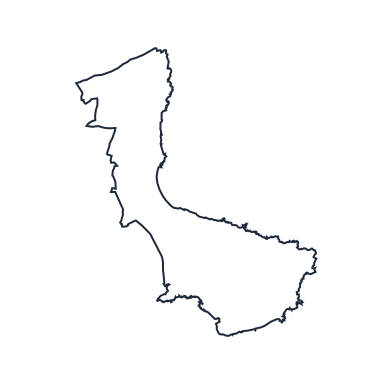 outline of North Mahe, English River, Seychelles, rotated 105°
{"feature_id": "34574756B41664711494427", "entity_name": "North Mahe", "entity_type": "district", "adm_level": 2, "iso_a3": "SYC", "parent_name": "Seychelles", "parent_adm1": "English River", "projection": "orthographic", "projection_center": [55.433, -4.604], "detail": "fine", "context": "isolated", "style": "outline", "palette": "slate", "viewbox_px": 384, "rotation_deg": 105, "n_neighbors": 0, "source": "geoboundaries", "source_scale": "gbopen_adm2", "svg_char_len": 5983}
<svg xmlns="http://www.w3.org/2000/svg" viewBox="0 0 384 384"><g transform="rotate(105 192 192)"><path d="M303.9,197.2L304.2,196.8L305.8,197.6L306.1,197.1L304.4,195.1L305.8,191.7L305.3,191.6L305.4,190.3L303.7,188.6L303.3,187.4L303.9,187.2L303.7,186.7L302.2,184.5L303.9,183.8L303.7,183.3L302.2,183.9L301.2,181.6L300.8,181.9L300.0,181.0L297.7,180.7L298.1,180.3L296.5,177.3L295.4,177.5L296.4,175.7L295.8,175.2L296.4,174.6L295.2,173.3L295.2,172.6L294.3,172.6L294.4,170.9L295.5,170.5L295.5,169.6L296.1,169.1L295.7,168.4L295.0,168.4L294.9,167.3L293.9,166.9L294.7,166.3L294.4,165.7L293.5,166.1L292.8,165.7L293.3,165.3L293.2,163.9L292.8,163.8L292.7,161.9L292.1,161.9L292.0,159.5L292.4,158.2L293.9,156.7L293.3,156.2L294.2,156.4L294.6,156.0L294.1,155.6L294.6,155.1L294.9,155.5L295.4,155.0L296.5,156.7L297.0,156.0L296.4,154.1L297.5,152.2L297.2,155.2L300.0,156.2L300.3,155.0L301.0,155.0L301.5,153.4L302.3,153.6L303.3,150.3L302.5,150.1L303.0,149.4L303.6,149.6L303.9,148.5L303.4,148.3L304.2,145.0L308.7,137.0L308.4,135.9L307.0,134.2L307.4,132.7L308.6,132.9L310.1,131.8L313.0,134.7L315.9,133.0L317.9,132.7L321.6,129.6L322.2,128.0L321.5,124.8L321.9,122.4L321.5,119.4L319.6,117.4L319.1,116.3L319.4,116.0L318.9,115.9L316.9,112.1L314.7,110.1L314.9,108.6L314.5,108.6L314.1,107.1L313.5,107.2L313.0,106.4L311.4,102.1L308.3,96.2L308.2,95.6L308.7,95.8L309.1,95.0L307.3,95.0L304.6,89.8L301.8,86.5L296.7,82.0L293.4,77.9L292.2,75.1L292.6,74.2L293.9,74.0L294.0,72.0L294.6,71.4L293.4,70.9L292.6,71.2L292.1,69.8L291.5,70.6L291.2,69.9L289.8,69.4L288.9,69.7L288.7,72.1L287.8,71.2L286.1,70.9L285.7,71.2L286.2,71.9L285.6,72.0L280.7,70.2L279.9,68.5L280.3,67.7L279.7,67.0L278.9,67.1L280.1,65.4L279.6,65.5L278.9,63.5L276.7,60.7L275.9,60.4L273.6,61.9L272.2,61.6L272.6,62.1L272.3,62.4L271.2,62.1L271.4,60.9L271.9,61.3L272.5,60.6L271.2,59.4L272.0,57.3L271.2,57.7L269.9,56.6L269.7,57.6L268.7,58.0L269.0,61.2L267.9,61.2L267.3,62.2L265.5,61.6L263.2,62.4L263.7,64.1L261.6,64.9L259.8,63.2L257.9,63.8L255.8,63.0L253.9,63.7L252.3,63.4L252.0,63.9L249.6,62.8L248.9,63.7L247.2,63.0L246.9,61.9L245.6,62.4L242.6,62.0L241.6,60.4L240.5,60.8L240.0,60.1L240.7,58.2L240.6,56.1L237.3,52.0L234.8,54.1L233.9,53.8L234.4,54.5L234.2,56.2L232.2,56.1L231.2,55.1L228.4,55.6L224.2,54.7L223.4,57.8L221.5,57.5L219.4,56.4L219.0,56.8L218.3,56.7L216.4,58.4L216.7,59.3L215.5,61.6L217.3,63.2L217.9,64.4L218.2,65.5L217.2,67.3L217.4,69.4L218.8,70.9L218.6,71.7L219.7,73.5L218.4,76.2L217.0,75.4L215.2,76.6L213.8,76.1L212.8,76.7L212.9,77.8L212.3,78.0L213.7,79.8L213.1,80.2L213.7,80.9L212.9,80.9L212.7,81.5L214.6,83.1L214.6,84.2L214.0,85.0L215.5,85.8L215.5,86.7L217.3,89.0L217.8,90.5L216.8,92.4L217.4,93.4L217.3,94.7L215.5,95.5L215.0,96.5L212.7,97.3L213.4,98.6L213.1,100.0L214.6,101.8L214.5,103.4L215.1,103.3L215.2,104.2L216.7,106.3L217.0,107.1L216.5,107.6L217.7,107.4L218.1,108.4L217.6,109.3L216.8,109.2L217.4,111.7L216.2,114.7L216.5,116.0L215.4,116.8L215.9,119.1L215.1,119.7L214.4,119.2L213.7,119.6L213.7,120.6L214.7,121.6L214.4,122.6L215.2,123.7L214.9,125.9L214.4,126.2L215.0,126.9L214.6,128.5L215.6,129.0L215.8,129.7L213.5,132.2L212.6,131.0L212.4,131.5L209.6,131.0L210.0,131.4L209.1,131.7L210.2,132.4L210.7,133.5L211.4,133.7L211.3,134.0L212.2,133.5L212.9,133.9L214.3,136.8L213.7,138.9L212.8,139.9L212.7,142.2L213.2,142.6L213.5,144.7L211.6,146.1L212.3,149.4L211.7,149.3L211.6,150.5L212.4,151.4L211.2,153.6L209.5,153.5L209.1,154.2L209.7,155.3L211.4,155.7L212.0,155.2L212.7,156.2L212.1,157.7L213.3,159.4L213.0,161.4L213.4,164.1L213.0,165.1L213.1,167.0L213.8,167.7L213.1,172.3L213.8,172.7L213.9,178.4L212.9,181.3L211.9,182.4L211.5,189.1L210.8,190.8L210.5,194.7L210.8,195.3L211.4,195.2L210.5,199.4L211.5,200.8L212.0,205.6L210.7,208.9L206.7,215.3L203.4,219.2L198.3,223.8L192.8,227.5L187.1,230.0L181.7,230.7L176.7,230.7L175.2,229.2L176.2,228.6L176.1,228.0L175.4,228.6L174.7,228.4L174.9,229.2L173.6,229.8L172.0,229.0L172.6,227.6L171.0,227.8L170.2,227.1L170.1,227.6L168.0,226.7L166.3,227.3L164.2,226.1L163.1,228.0L162.2,227.9L163.0,229.1L154.8,234.2L153.6,233.7L153.4,234.8L149.8,235.1L146.1,236.8L144.8,235.9L144.1,236.1L144.2,236.9L141.3,237.6L139.7,238.7L133.0,240.4L132.7,239.9L130.9,239.3L130.1,239.5L129.9,240.1L123.4,241.8L121.4,240.7L119.8,238.1L119.1,238.8L118.0,238.4L117.7,239.1L116.1,238.3L115.2,238.6L115.2,239.0L114.3,238.5L114.1,237.8L112.2,237.3L111.2,237.8L111.5,238.6L110.6,238.8L111.0,239.8L109.6,240.7L107.1,239.9L105.1,237.8L104.1,237.8L103.5,238.6L103.0,237.8L101.3,237.7L101.1,238.2L99.4,237.1L98.4,237.0L98.0,237.7L96.0,237.6L95.2,238.4L95.5,239.8L94.5,240.8L93.2,240.2L92.2,240.6L91.3,242.9L91.5,243.7L89.8,243.4L89.9,244.4L89.4,244.5L87.6,243.3L86.2,243.3L85.5,242.8L83.7,243.6L81.4,243.2L79.9,243.6L79.1,244.1L78.3,246.0L79.1,247.0L78.9,247.7L72.1,248.2L67.7,251.5L65.7,251.1L64.9,252.9L62.0,253.7L61.8,254.8L62.5,255.9L64.0,256.3L65.3,257.8L63.5,258.7L63.2,259.4L64.8,262.2L62.5,263.6L62.7,265.0L72.2,274.6L77.2,281.2L80.1,285.9L83.4,288.2L85.9,291.3L91.4,295.5L96.3,300.9L102.1,309.2L104.8,316.3L111.0,322.8L112.7,326.3L114.8,328.6L116.8,332.0L124.3,323.7L125.7,323.2L128.4,323.6L131.8,322.5L131.3,320.5L132.4,320.4L134.1,318.3L134.2,317.4L130.1,313.8L128.3,313.1L126.1,308.0L126.9,307.4L132.2,305.9L138.2,306.0L143.5,305.3L147.6,304.0L149.7,307.1L152.8,309.9L155.5,310.9L154.8,305.1L152.6,299.5L152.7,293.3L151.8,288.0L150.0,282.5L152.6,282.3L160.5,282.8L166.5,284.1L169.0,283.7L176.0,284.1L177.6,283.7L177.9,279.0L182.7,278.8L184.7,277.7L183.6,274.7L186.1,271.1L187.3,273.6L189.1,273.3L191.8,274.0L196.8,273.2L197.1,272.3L201.9,268.7L208.6,266.5L208.9,270.1L213.0,270.2L211.8,266.2L226.9,253.9L229.3,253.8L231.6,252.9L238.6,252.9L240.0,253.5L241.7,251.7L241.4,251.4L243.6,250.4L242.1,246.2L240.9,245.2L240.1,245.6L238.5,244.2L234.2,239.2L234.2,238.5L237.5,231.3L243.3,221.5L262.4,204.2L267.0,202.0L274.2,200.0L287.1,195.1L288.0,195.8L289.9,193.7L287.8,192.2L287.0,190.5L287.2,190.0L289.4,191.8L292.0,191.4L293.8,189.5L296.1,191.1L297.6,191.1L297.7,192.0L300.2,195.3L303.9,197.2Z" fill="none" stroke="#1e293b" stroke-width="2"/></g></svg>